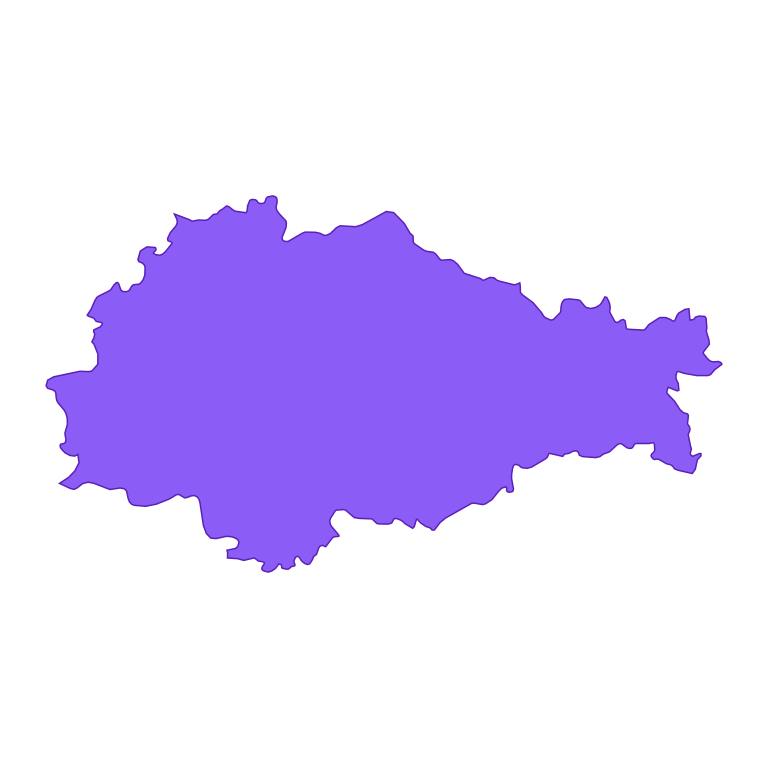 map outline of Kursk (Albers equal-area conic projection)
{"feature_id": "RUS-2362", "entity_name": "Kursk", "entity_type": "Region", "adm_level": 1, "iso_a3": "RUS", "parent_name": "Russia", "parent_adm1": "", "projection": "albers", "projection_center": [36.333, 51.669], "detail": "fine", "context": "isolated", "style": "filled", "palette": "violet", "viewbox_px": 768, "rotation_deg": 0, "n_neighbors": 0, "source": "natural_earth", "source_scale": "10m", "svg_char_len": 6073}
<svg xmlns="http://www.w3.org/2000/svg" viewBox="0 0 768 768"><path d="M88.9,371.6L91.9,371.0L97.8,364.3L97.9,354.1L94.0,344.2L91.9,341.8L93.9,337.9L94.7,334.7L94.3,332.9L93.6,331.5L93.8,329.9L100.3,326.8L101.9,324.9L102.3,323.4L101.1,322.4L96.2,321.4L93.9,318.2L88.3,316.1L87.2,315.1L91.2,309.1L95.1,300.1L96.9,297.4L98.5,296.2L110.4,290.2L113.9,285.1L116.2,282.7L117.6,282.5L118.6,283.5L120.6,289.2L121.4,290.6L123.0,291.5L126.1,291.7L128.4,291.0L129.4,290.2L131.7,286.1L133.5,284.7L139.0,284.2L140.9,282.7L143.0,280.0L144.8,275.3L145.1,267.5L144.2,264.8L142.4,263.1L138.8,261.6L137.9,259.7L140.3,251.1L146.3,247.2L147.6,246.9L155.2,247.5L155.7,248.0L156.0,249.6L155.7,250.5L153.6,252.4L153.6,253.3L155.8,254.7L159.7,255.2L161.3,254.7L162.7,254.0L165.5,251.6L172.0,243.4L171.9,242.7L171.0,241.9L168.0,240.7L167.6,239.7L167.8,238.0L170.2,232.8L175.9,226.0L177.1,223.2L177.3,221.8L176.8,219.2L174.4,214.0L189.4,219.7L192.1,221.2L198.5,220.0L205.7,220.3L208.5,219.2L213.4,214.4L217.0,214.0L219.8,210.7L222.7,209.0L226.4,206.0L228.7,206.5L233.6,210.4L235.4,211.2L245.6,212.7L246.4,212.2L247.1,210.9L247.6,205.8L249.8,200.3L252.2,199.4L255.3,199.8L256.6,200.5L258.1,202.7L258.9,203.2L261.8,203.6L264.3,202.8L265.3,201.1L266.0,198.8L267.4,197.0L272.7,195.9L275.3,196.7L276.5,197.7L276.9,198.7L277.1,202.2L276.1,207.1L276.6,209.9L278.9,213.4L285.8,220.8L286.2,221.8L286.4,223.3L286.0,227.7L282.2,237.1L282.1,238.2L282.8,240.3L284.4,241.3L288.0,241.5L302.1,233.3L305.1,232.1L315.5,232.3L320.0,233.3L324.2,235.4L326.8,235.2L330.6,233.3L336.2,227.9L339.4,226.1L340.5,225.8L355.8,226.7L362.4,224.6L386.3,211.5L393.2,212.5L394.2,213.1L404.3,223.5L410.1,233.3L412.5,235.4L413.1,236.4L413.3,242.3L414.7,243.9L423.7,250.1L427.0,251.4L433.2,252.2L435.8,254.1L439.8,259.1L441.3,260.2L450.4,259.6L453.3,260.7L457.6,264.3L464.2,273.3L480.6,278.6L482.7,280.1L483.6,280.3L489.9,277.4L494.1,277.8L496.7,280.1L499.3,281.1L513.3,284.6L515.5,284.7L519.8,282.9L520.3,286.3L520.4,292.2L521.2,293.5L522.7,295.0L533.2,302.8L541.7,312.9L543.8,316.4L545.6,317.8L550.7,320.1L553.3,319.6L560.3,312.5L560.8,310.8L561.0,307.0L561.6,303.9L562.5,301.9L563.9,300.1L564.6,299.5L569.4,298.9L578.3,299.9L580.0,300.5L585.2,306.7L586.7,307.6L590.7,308.5L595.4,307.5L599.7,305.1L601.4,303.1L604.9,296.9L606.7,297.4L608.8,301.3L609.7,304.1L610.2,307.5L609.7,311.3L610.1,312.8L614.7,321.3L616.6,322.5L618.5,322.0L620.9,320.1L623.5,319.5L625.1,320.9L626.4,328.5L627.5,329.2L643.6,330.1L645.3,329.1L648.8,324.6L659.2,317.9L660.6,317.5L665.9,317.6L670.3,319.4L673.1,321.2L673.9,321.0L674.9,320.3L677.2,315.1L678.9,312.9L685.2,309.3L688.9,308.8L690.0,320.1L693.5,319.5L695.6,317.1L698.7,316.1L704.5,316.4L705.4,317.1L706.1,318.4L706.8,327.8L706.4,330.4L706.5,332.1L709.0,340.1L709.3,344.3L703.6,351.7L703.3,352.6L703.6,353.9L707.9,359.1L710.1,361.0L712.9,361.9L718.4,361.5L721.0,362.6L721.9,364.3L714.8,369.6L710.5,374.6L707.7,375.6L697.0,375.6L684.4,373.4L678.5,371.5L677.6,371.6L676.8,372.3L676.2,374.5L675.9,377.1L676.3,379.6L678.2,383.2L678.9,390.2L677.2,390.9L668.2,387.3L666.9,391.2L667.0,393.2L674.6,401.3L680.1,409.8L683.5,412.7L687.4,413.9L688.1,414.7L688.4,415.9L687.5,423.4L687.7,424.2L689.4,426.6L690.0,428.8L689.7,431.0L688.3,434.0L688.4,435.7L690.6,446.5L691.4,448.8L690.2,453.4L691.0,455.1L692.5,456.3L699.9,453.4L701.0,453.7L700.9,455.9L697.4,459.8L695.3,469.2L692.3,473.5L678.2,470.3L674.5,468.8L672.8,466.3L671.0,464.9L666.4,463.7L659.1,459.5L657.2,459.0L654.5,459.5L653.1,458.8L651.5,457.0L651.1,455.5L651.7,454.0L654.0,451.8L654.8,450.1L654.4,444.4L653.8,443.1L653.0,442.7L649.0,443.5L636.2,443.5L634.5,444.2L632.5,447.6L631.4,448.3L629.0,448.4L626.7,447.6L621.6,443.9L620.3,443.6L618.7,444.0L617.3,444.7L609.4,451.9L603.5,454.0L599.9,456.6L595.7,457.6L582.5,456.6L579.3,455.2L578.4,452.4L577.1,451.2L575.9,450.9L573.0,451.2L569.1,453.3L565.1,454.0L564.3,454.3L562.8,456.4L549.8,453.4L548.7,453.8L547.4,457.1L545.7,458.7L531.6,467.1L527.2,468.3L522.4,467.8L520.7,467.0L518.8,465.2L515.4,464.4L514.3,464.8L513.5,465.6L512.6,468.1L511.6,474.6L511.6,478.8L513.5,489.1L512.7,491.5L509.4,492.3L507.9,492.0L506.7,490.9L506.5,487.3L506.1,486.8L501.7,488.2L498.7,491.2L491.9,499.7L485.5,503.8L482.8,504.6L473.9,503.1L471.3,503.5L445.6,518.0L440.0,522.6L434.6,529.8L433.6,530.2L431.8,529.9L431.0,528.6L429.6,527.7L425.7,526.4L420.6,522.9L417.2,519.2L416.4,519.5L414.3,526.6L412.7,528.3L405.3,523.9L401.5,520.5L397.2,518.7L394.6,518.6L393.9,519.0L391.7,523.0L390.1,523.6L387.5,524.1L378.7,523.9L376.8,523.4L372.0,518.9L359.1,518.4L354.3,517.6L345.4,510.0L343.8,509.6L336.6,510.1L335.4,510.6L330.6,518.1L329.7,520.8L330.3,524.0L331.2,526.0L338.9,535.2L338.8,536.3L333.9,536.9L332.5,537.7L325.7,546.7L322.3,545.3L319.8,546.3L318.7,548.1L316.5,554.4L313.4,556.7L312.9,558.8L310.4,562.9L309.4,564.0L307.5,564.5L304.8,563.5L302.7,562.0L301.0,560.2L299.4,557.3L297.2,556.3L295.6,557.2L294.0,560.6L294.0,562.2L295.0,564.5L294.7,565.7L293.9,566.2L291.6,566.5L288.7,569.0L286.6,569.2L282.5,568.3L281.8,567.8L281.4,565.2L281.0,564.5L278.8,564.0L275.5,568.4L271.9,570.9L268.3,572.1L264.4,571.1L262.7,570.3L261.8,569.0L262.1,567.2L264.4,563.4L264.1,562.5L263.2,561.9L258.3,561.0L254.3,557.9L243.8,560.4L237.9,558.7L227.5,558.0L227.6,552.9L227.0,550.2L235.4,548.5L237.7,546.5L239.0,542.2L237.7,539.5L234.9,537.9L231.9,536.8L226.6,536.3L216.0,538.6L210.8,538.1L206.4,533.6L203.4,525.5L200.0,502.8L198.9,499.2L197.0,496.7L194.0,495.5L190.8,496.0L187.7,497.3L184.7,497.9L179.0,494.5L176.5,494.7L169.3,499.0L156.5,504.1L145.7,506.3L134.4,505.3L131.7,504.3L129.5,502.0L128.1,498.3L126.6,491.1L124.5,488.8L119.9,488.0L109.9,489.5L93.9,483.3L88.2,482.2L82.8,483.5L76.9,488.1L74.1,489.3L70.4,488.5L59.5,483.4L68.6,477.4L74.9,470.9L79.0,462.8L77.9,454.4L74.8,456.1L69.8,455.4L65.0,452.8L62.0,449.7L60.5,447.6L60.0,445.6L60.8,444.1L64.2,443.4L65.5,442.1L66.0,439.6L65.1,435.2L65.0,432.7L67.0,426.0L67.4,423.5L67.2,418.1L66.1,413.8L64.2,410.2L57.9,402.7L56.9,400.7L56.3,398.4L55.8,393.3L55.2,391.5L53.1,390.0L47.7,388.3L46.1,385.8L47.7,380.1L53.8,376.8L79.9,371.3L88.9,371.6Z" fill="#8b5cf6" stroke="#5b21b6" stroke-width="1.5"/></svg>